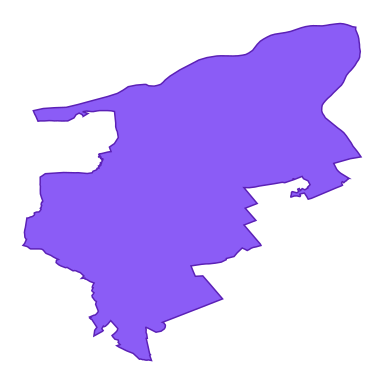 the district of Sēlpils pag., Salas, Latvia
{"feature_id": "27541924B86071798141499", "entity_name": "Sēlpils pag.", "entity_type": "district", "adm_level": 2, "iso_a3": "LVA", "parent_name": "Latvia", "parent_adm1": "Salas", "projection": "equal_earth", "projection_center": [25.628, 56.531], "detail": "fine", "context": "isolated", "style": "filled", "palette": "violet", "viewbox_px": 384, "rotation_deg": 0, "n_neighbors": 0, "source": "geoboundaries", "source_scale": "gbopen_adm2", "svg_char_len": 5724}
<svg xmlns="http://www.w3.org/2000/svg" viewBox="0 0 384 384"><path d="M355.8,27.2L352.5,26.7L350.2,25.8L347.3,24.8L343.7,23.9L340.1,23.5L335.3,24.0L329.9,24.7L326.6,25.3L322.2,25.9L313.3,25.7L310.2,25.9L305.7,26.6L301.2,27.8L290.7,31.4L285.7,32.5L274.9,34.2L270.9,35.3L267.3,37.0L263.5,39.1L260.3,41.2L257.3,44.3L252.6,50.4L248.8,53.0L245.8,54.5L242.4,55.2L237.9,55.8L233.0,56.0L228.1,55.9L220.8,55.8L216.7,56.0L206.9,57.6L198.8,60.0L190.5,64.4L180.0,69.8L170.0,76.1L165.2,80.0L163.1,82.3L160.6,84.4L157.4,85.4L154.2,86.1L148.7,85.8L146.0,84.4L144.4,84.4L136.2,85.1L128.2,86.7L123.2,90.1L117.4,93.4L107.7,96.5L94.6,100.0L77.6,104.6L66.3,107.3L55.0,107.7L43.3,108.5L33.3,110.7L34.7,114.1L35.8,116.1L38.0,121.2L40.3,120.9L44.6,120.9L49.2,120.6L52.1,120.7L54.3,120.9L57.5,120.8L62.1,121.0L67.9,120.9L74.0,117.9L76.1,114.7L79.1,113.1L80.2,113.7L81.2,114.0L82.2,114.7L82.5,115.1L82.6,115.4L83.2,116.0L83.2,116.4L88.0,113.5L82.6,111.7L87.0,111.0L87.4,111.2L88.7,111.3L91.6,111.6L93.3,111.6L97.2,110.9L99.5,110.6L107.5,110.6L111.1,110.8L114.5,111.5L115.7,123.0L115.7,126.8L116.6,130.2L117.3,131.5L118.3,137.5L114.4,143.6L109.9,146.7L109.4,147.1L111.1,151.6L108.0,152.0L101.4,153.6L99.6,153.8L99.0,154.1L98.8,154.6L99.9,155.4L99.9,155.6L99.8,155.8L99.5,156.0L98.7,156.4L98.6,156.6L98.6,156.9L98.8,157.1L99.1,157.1L100.4,156.9L101.0,157.1L101.0,157.3L100.5,158.2L100.6,158.4L100.7,158.6L101.0,158.7L102.3,158.7L102.7,158.8L102.9,159.0L102.1,159.3L101.8,159.6L101.8,159.8L102.5,160.0L102.6,160.4L102.5,160.6L102.1,161.0L102.0,161.8L101.8,162.0L100.8,162.5L100.3,163.0L100.5,163.4L101.2,163.3L101.4,163.6L101.2,163.9L100.3,164.2L99.9,164.6L99.9,164.8L100.6,165.1L100.8,165.2L100.8,165.3L99.9,166.0L99.0,165.8L98.7,165.9L99.1,166.4L99.1,166.6L98.6,167.0L99.0,168.0L98.7,168.1L97.8,168.1L97.3,168.2L97.0,168.5L96.9,168.7L97.0,169.2L97.0,169.4L95.7,170.2L93.1,171.2L92.1,172.8L87.3,173.5L78.1,172.7L75.2,172.8L63.7,172.5L45.3,173.7L43.1,175.2L43.1,175.3L40.2,177.1L40.2,182.8L40.1,184.7L40.4,186.2L40.3,190.1L40.4,194.0L40.6,194.6L41.6,197.8L42.7,200.7L42.7,201.6L42.4,202.1L41.7,202.2L41.1,204.2L41.1,204.3L41.6,205.1L41.7,205.5L41.6,205.8L41.2,206.1L41.3,206.5L41.3,207.0L41.2,207.4L40.8,207.8L40.5,208.0L40.3,208.3L41.0,209.0L41.0,209.4L40.3,210.5L39.3,211.7L38.8,211.9L38.2,212.0L36.8,212.0L35.5,212.4L34.3,212.9L34.2,213.3L34.5,213.6L34.5,214.5L34.2,215.1L32.6,216.4L31.8,216.7L30.3,217.0L29.2,217.6L28.1,218.0L26.9,218.0L25.4,227.4L24.7,230.4L24.4,232.6L24.6,233.6L24.9,237.2L26.2,239.5L26.4,239.5L24.6,243.5L23.0,245.4L27.0,246.5L28.2,247.2L29.6,248.4L30.6,248.9L37.2,248.9L39.2,248.9L41.5,249.1L42.0,249.3L43.1,250.0L43.4,250.3L45.6,253.0L46.1,253.4L50.9,255.4L53.4,257.0L56.5,258.6L58.4,259.4L56.8,260.1L56.4,260.5L56.1,262.6L58.6,264.7L60.8,265.9L65.5,267.7L67.1,267.4L69.8,269.0L73.0,270.8L74.6,270.6L76.0,270.8L77.8,271.7L80.3,272.6L83.9,276.0L81.5,278.4L84.9,278.1L85.0,279.0L86.6,279.4L90.1,281.5L94.1,283.0L92.8,285.4L92.3,286.7L92.3,287.6L93.1,287.8L91.8,290.5L92.2,291.3L94.0,292.8L93.2,294.1L92.0,295.4L92.3,297.1L93.4,298.5L94.3,299.8L95.1,300.7L96.4,301.5L95.6,304.3L98.3,311.1L97.9,312.1L96.4,314.0L94.9,315.1L93.9,315.2L89.9,316.9L90.8,317.4L89.7,318.0L91.0,319.2L91.7,319.3L96.9,327.3L94.7,330.3L93.9,336.0L102.3,331.4L103.2,330.6L101.8,328.7L103.3,326.1L104.0,326.7L105.4,326.2L107.8,324.1L110.7,320.6L117.8,328.5L117.3,330.4L116.1,331.9L114.0,333.9L112.0,335.5L112.8,336.8L113.1,337.1L114.9,339.2L118.1,340.0L118.5,341.6L118.1,342.4L120.1,344.6L116.8,345.7L119.2,347.2L126.6,350.8L133.2,353.4L139.4,359.2L140.5,359.0L142.9,359.7L144.2,359.6L144.9,360.0L147.0,360.2L148.3,359.9L151.5,360.5L149.7,355.3L150.5,354.8L149.6,353.6L148.2,347.1L146.2,338.4L147.3,338.3L146.7,334.2L146.0,332.3L146.2,329.8L146.0,328.8L145.7,327.8L146.0,327.3L148.1,328.2L156.0,332.2L161.1,331.2L164.2,329.0L164.6,328.4L165.2,327.2L165.4,325.7L165.3,324.9L163.7,322.8L162.5,322.3L222.6,298.9L210.1,284.3L207.3,281.1L202.8,275.9L195.3,276.3L193.2,271.4L191.0,265.9L201.6,264.3L205.8,263.9L209.3,263.8L215.5,263.1L221.3,262.1L226.2,259.7L226.3,258.5L234.1,256.5L237.2,252.8L242.2,248.0L243.2,248.5L244.5,249.0L247.2,250.5L249.4,249.4L251.0,248.3L251.7,248.0L253.3,247.4L255.9,246.9L261.0,245.5L260.4,244.2L244.0,225.0L255.9,220.4L245.2,208.2L257.2,203.5L243.9,187.6L249.2,187.7L254.9,187.0L259.5,186.0L274.3,183.7L282.2,182.3L284.8,182.7L293.4,179.8L293.0,179.3L292.9,179.0L293.0,178.9L293.5,178.7L293.9,178.8L294.5,179.4L302.1,176.4L303.5,178.7L308.0,180.8L310.1,184.7L307.5,187.3L307.9,187.9L304.9,189.8L302.2,188.6L300.9,190.0L300.6,190.4L299.9,189.6L299.2,188.5L297.7,189.2L297.7,189.4L298.1,190.2L298.8,191.0L298.9,191.3L296.9,192.8L292.7,191.7L292.1,191.7L291.9,191.9L291.4,192.8L291.5,193.2L291.1,195.5L290.9,195.8L290.8,196.5L290.8,197.0L291.0,197.1L294.3,196.0L297.0,195.9L299.3,196.5L300.0,196.5L300.2,196.3L300.5,195.7L299.7,194.2L301.3,193.7L303.7,193.2L304.1,193.0L304.7,193.5L305.3,194.4L306.8,196.7L308.2,199.2L311.5,198.3L335.9,188.0L341.2,185.9L342.5,185.2L341.6,183.1L341.9,182.1L342.6,181.7L343.8,182.7L345.5,181.1L346.0,180.9L346.5,180.7L347.2,179.7L347.5,179.4L348.1,179.2L348.0,178.4L349.1,178.4L340.6,173.2L338.6,171.5L336.8,169.5L333.7,163.4L350.3,158.7L361.0,156.9L359.2,154.2L357.2,151.4L353.0,146.2L351.1,142.8L348.8,139.5L346.5,136.1L343.8,132.7L341.2,130.5L337.8,128.0L331.3,122.7L325.3,117.8L324.1,115.7L322.5,113.3L321.7,110.9L321.8,107.6L322.2,105.2L323.6,103.0L325.5,100.7L327.7,98.4L331.0,95.5L333.6,92.7L336.0,90.4L338.4,88.0L341.4,85.2L343.4,82.2L346.4,75.5L348.7,72.5L351.2,70.0L353.4,67.4L355.2,65.0L356.7,62.4L358.6,59.7L359.7,57.1L359.8,54.7L360.3,51.5L359.6,47.6L359.5,44.4L359.1,41.8L358.8,38.8L358.2,36.1L357.0,33.0L355.6,29.7L355.8,27.2Z" fill="#8b5cf6" stroke="#5b21b6" stroke-width="1.5"/></svg>